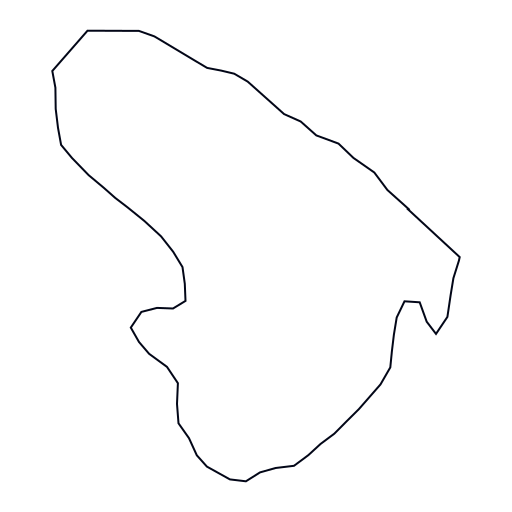 VI-2 East Canje/E.C.Berb, East Berbice-Corentyne, Guyana
{"feature_id": "73187651B18433747523923", "entity_name": "VI-2 East Canje/E.C.Berb", "entity_type": "district", "adm_level": 2, "iso_a3": "GUY", "parent_name": "Guyana", "parent_adm1": "East Berbice-Corentyne", "projection": "robinson", "projection_center": [-57.388, 6.209], "detail": "fine", "context": "isolated", "style": "outline", "palette": "ink", "viewbox_px": 512, "rotation_deg": 0, "n_neighbors": 0, "source": "geoboundaries", "source_scale": "gbopen_adm2", "svg_char_len": 961}
<svg xmlns="http://www.w3.org/2000/svg" viewBox="0 0 512 512"><path d="M229.9,479.4L245.9,481.3L260.0,472.4L275.6,468.0L294.0,465.8L308.4,455.1L320.6,443.9L334.3,433.7L346.8,421.1L358.9,409.1L380.5,384.4L390.3,367.4L391.9,351.2L393.9,334.6L396.7,317.5L404.5,301.3L419.7,302.3L426.7,321.7L436.0,333.9L447.4,316.9L450.6,295.3L453.4,278.2L458.9,260.7L459.7,257.1L408.0,209.3L408.6,209.0L387.4,190.0L374.3,172.5L353.4,157.9L338.5,143.6L316.3,135.4L300.7,121.5L284.1,114.1L247.7,81.6L234.2,73.7L221.2,70.6L207.1,67.9L196.5,61.6L154.4,36.4L138.9,30.9L87.5,30.7L52.3,71.0L55.4,87.7L55.7,108.9L58.0,127.8L61.1,144.9L72.0,158.0L88.7,175.2L103.9,187.9L115.2,197.9L127.6,207.4L144.4,221.0L161.1,236.4L173.2,251.8L182.5,267.1L184.8,283.8L185.5,300.9L173.0,308.5L157.0,307.9L141.4,311.9L130.8,327.6L139.0,342.0L149.1,353.8L167.0,366.9L177.9,383.2L177.0,403.9L178.5,423.3L189.0,438.2L196.8,455.3L206.9,466.6L229.9,479.4Z" fill="none" stroke="#020617" stroke-width="2"/></svg>